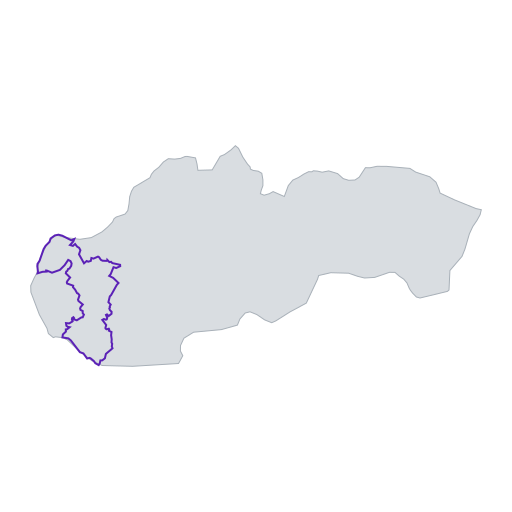 Trnavský on a map of Slovakia (Mercator projection)
{"feature_id": "SVK-1056", "entity_name": "Trnavský", "entity_type": "Region", "adm_level": 1, "iso_a3": "SVK", "parent_name": "Slovakia", "parent_adm1": "", "projection": "mercator", "projection_center": [17.553, 48.32], "detail": "medium", "context": "in_parent", "style": "outline", "palette": "violet", "viewbox_px": 512, "rotation_deg": 0, "n_neighbors": 0, "source": "natural_earth", "source_scale": "10m", "svg_char_len": 3609}
<svg xmlns="http://www.w3.org/2000/svg" viewBox="0 0 512 512"><path d="M481.3,209.7L480.1,214.7L476.9,220.5L472.8,226.5L469.4,233.8L464.9,249.2L462.0,256.4L449.9,270.5L449.0,290.0L447.4,291.4L420.0,298.0L416.4,297.0L412.7,293.2L410.6,290.5L409.3,288.4L407.0,283.0L403.8,279.2L399.2,276.1L395.0,272.4L389.5,272.3L374.7,277.4L364.5,278.0L357.6,276.3L348.6,273.2L330.8,272.7L318.7,275.5L317.5,279.3L306.3,303.1L290.0,311.9L275.8,320.9L271.7,322.7L264.7,319.9L256.7,314.5L250.0,311.8L245.2,313.0L239.9,319.0L237.4,325.1L221.4,329.6L193.6,332.2L183.9,338.2L180.5,345.5L180.4,351.0L182.8,355.7L179.8,361.2L178.5,363.5L158.8,364.7L132.6,366.3L116.9,365.9L102.1,365.5L92.0,360.8L79.8,351.6L66.8,339.4L65.6,339.1L63.6,337.8L55.5,336.8L53.3,337.6L48.4,333.6L47.0,328.4L39.4,314.7L30.9,292.2L30.7,285.7L34.0,278.3L37.1,272.6L37.6,268.1L37.9,266.8L40.4,257.4L46.6,244.9L52.4,237.7L56.6,235.3L65.2,237.5L79.9,239.3L91.3,237.6L101.8,232.0L107.6,227.1L112.5,222.0L114.1,218.6L116.3,217.0L125.0,214.1L127.8,210.6L129.0,204.0L129.7,196.7L131.5,191.2L133.8,187.3L150.0,177.7L151.4,174.3L154.0,171.0L158.8,167.3L163.4,162.0L168.3,158.7L174.7,159.1L180.5,158.4L185.1,156.5L187.1,156.4L195.5,157.9L197.0,164.0L197.9,170.3L212.2,169.9L220.2,156.3L224.4,154.6L231.0,149.9L235.4,145.7L238.5,148.3L242.8,157.1L247.5,164.1L250.1,166.9L250.4,169.1L253.1,170.4L258.3,171.2L261.8,173.3L262.9,179.8L262.9,185.7L261.3,190.0L260.4,193.7L264.1,195.2L269.4,193.7L273.1,191.6L284.3,196.5L288.3,185.6L292.8,180.1L298.5,177.5L303.8,174.1L308.6,171.7L311.9,171.8L313.3,170.8L317.4,171.1L322.2,172.2L328.7,170.9L337.6,173.6L343.2,178.6L348.7,180.3L355.0,180.0L359.2,177.2L365.4,167.7L369.9,167.8L377.0,166.3L387.0,166.4L409.9,168.4L415.7,172.1L429.8,176.8L436.0,182.2L438.7,188.6L440.1,193.1L454.6,199.9L476.1,208.6L481.3,209.7Z" fill="#d9dde1" stroke="#a8b0b8" stroke-width="1"/><path d="M37.6,273.3L38.0,271.8L37.3,266.2L37.5,263.9L39.6,260.7L43.6,249.1L45.6,245.8L49.5,241.9L50.6,238.5L54.9,235.4L58.5,234.7L62.3,235.7L71.3,240.3L74.3,239.0L73.3,241.5L70.0,245.0L72.9,245.9L75.1,244.0L77.2,246.7L79.1,247.8L80.4,250.2L79.0,254.3L84.0,263.3L86.7,261.0L88.2,261.7L90.8,260.9L91.4,258.0L93.5,258.6L98.0,256.6L99.1,257.2L100.8,259.8L102.5,260.7L106.7,260.9L107.2,260.8L107.3,259.9L109.4,262.1L111.1,261.8L112.3,263.1L120.1,264.8L120.2,266.2L116.2,268.0L113.5,267.2L110.7,274.1L109.2,275.9L113.2,277.9L118.5,283.0L116.8,284.9L111.1,295.1L109.8,296.4L108.4,302.2L110.7,304.6L109.7,306.5L109.9,307.4L109.3,308.4L109.9,310.1L111.6,311.8L111.5,313.8L108.7,316.0L107.0,314.4L106.0,314.9L107.2,317.8L106.8,319.3L105.9,319.7L103.9,319.0L102.3,319.9L106.2,325.0L105.4,328.0L105.7,328.7L106.6,329.3L108.8,328.7L109.2,329.3L108.9,330.7L111.5,332.0L111.1,335.2L111.7,339.3L111.5,342.4L112.2,343.8L111.8,346.4L112.5,348.3L105.9,353.9L104.9,358.3L102.2,360.4L100.4,360.4L99.7,363.5L98.7,365.1L95.3,363.2L93.9,361.1L90.8,358.5L89.6,357.9L87.1,358.5L83.4,353.4L79.9,352.2L70.9,340.5L68.4,338.4L62.4,337.4L62.9,334.4L65.9,331.6L65.8,329.4L67.2,329.2L69.6,327.2L67.7,326.8L66.4,325.8L66.0,323.1L69.2,323.4L72.4,321.5L72.7,321.1L71.9,319.6L72.1,318.1L73.4,317.2L74.1,318.1L73.8,319.3L76.8,320.3L81.4,317.4L82.7,317.3L83.9,314.6L82.7,313.2L82.7,311.0L80.5,309.9L80.1,308.5L80.6,307.1L82.8,304.5L78.5,301.0L78.0,299.7L79.5,295.4L78.2,293.6L77.1,293.2L75.1,289.6L73.0,287.2L73.2,285.7L67.1,283.5L66.8,282.2L67.5,280.8L70.1,277.5L65.8,273.3L66.2,271.6L67.3,270.9L68.1,269.0L69.4,268.6L71.2,265.9L71.6,263.4L70.5,261.1L68.2,259.9L64.6,265.2L59.9,269.9L52.0,272.7L46.7,270.5L46.2,270.5L46.5,271.6L42.6,271.8L37.6,273.3Z" fill="none" stroke="#5b21b6" stroke-width="2"/></svg>